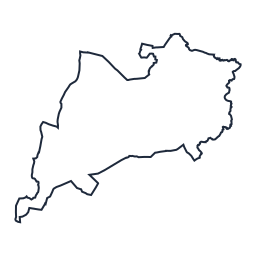 the district of Matkules pag., Kandavas, Latvia
{"feature_id": "27541924B52205717280809", "entity_name": "Matkules pag.", "entity_type": "district", "adm_level": 2, "iso_a3": "LVA", "parent_name": "Latvia", "parent_adm1": "Kandavas", "projection": "mercator", "projection_center": [22.582, 56.979], "detail": "fine", "context": "isolated", "style": "outline", "palette": "slate", "viewbox_px": 256, "rotation_deg": 0, "n_neighbors": 0, "source": "geoboundaries", "source_scale": "gbopen_adm2", "svg_char_len": 5659}
<svg xmlns="http://www.w3.org/2000/svg" viewBox="0 0 256 256"><path d="M213.4,54.6L209.1,54.3L207.0,53.5L206.1,53.0L204.6,52.6L203.0,51.8L196.8,50.1L195.0,49.8L193.5,50.2L192.7,50.6L191.9,50.8L189.9,50.1L189.1,49.2L188.7,47.8L187.6,46.9L186.3,46.1L186.0,45.6L185.9,45.2L186.0,44.9L186.5,44.6L187.7,44.5L187.9,44.3L187.9,44.0L187.4,42.9L184.9,41.3L183.2,39.3L182.9,39.0L182.4,37.4L182.2,37.1L180.2,35.9L179.7,34.1L179.1,33.8L178.4,34.0L174.8,33.8L171.8,35.2L171.3,35.3L170.9,35.1L170.6,35.7L171.3,36.6L170.5,37.1L169.4,38.5L165.0,44.8L163.7,47.0L157.3,47.4L156.1,47.4L152.7,47.9L152.5,45.9L147.1,44.9L142.1,43.7L141.9,44.4L142.0,44.4L140.4,49.2L141.1,49.8L140.3,50.8L139.5,53.3L139.5,54.2L139.4,54.2L141.2,57.5L141.5,57.6L144.1,57.4L146.7,57.7L146.9,57.6L149.8,53.7L151.9,53.6L153.1,53.8L153.9,56.5L155.4,56.6L155.3,59.4L156.9,60.0L156.3,62.6L153.7,63.0L153.7,64.6L152.1,66.3L151.9,66.2L149.9,68.3L148.8,70.8L149.1,70.9L148.7,73.0L149.2,74.5L144.8,78.0L136.8,78.8L134.2,78.9L129.7,79.6L128.4,80.0L127.2,80.0L124.4,77.4L117.4,70.4L115.1,68.7L108.8,62.0L102.4,56.0L88.1,52.4L88.1,52.6L83.2,52.3L80.1,51.5L80.1,53.3L80.4,55.5L79.7,59.0L79.3,60.3L79.7,63.3L79.4,70.4L78.1,76.3L77.7,77.7L76.8,79.6L75.4,81.3L71.5,83.6L70.2,84.5L69.3,85.8L68.6,87.0L65.1,92.0L63.8,94.9L61.9,98.5L60.4,101.8L60.5,102.7L61.4,103.8L61.4,106.8L61.4,107.7L59.5,111.8L58.8,113.9L57.7,119.4L57.5,121.8L58.0,125.3L57.9,127.7L56.7,126.6L52.9,125.6L48.7,124.2L45.8,122.8L43.1,122.0L41.5,124.3L40.4,126.6L40.5,130.1L41.2,132.1L42.3,136.8L41.6,139.0L40.3,146.4L39.0,152.4L38.6,152.3L37.5,155.1L37.2,157.1L35.7,158.4L33.3,158.6L34.1,160.8L34.3,161.3L34.0,163.3L33.3,165.3L32.4,169.3L32.4,172.3L31.8,175.1L31.9,176.8L32.2,177.7L32.5,178.1L33.2,178.4L34.4,178.5L35.1,179.1L36.6,181.6L37.7,181.5L38.4,181.9L38.6,183.2L38.3,184.1L38.2,184.4L38.3,184.4L38.8,187.8L38.7,188.6L38.3,191.4L38.1,192.2L37.1,193.2L37.0,193.8L36.4,194.5L35.8,195.6L35.2,197.6L33.3,197.8L32.9,198.6L31.4,199.5L29.4,198.1L27.4,197.6L26.6,196.4L25.6,197.4L23.3,198.3L19.3,198.5L16.1,205.5L16.0,205.9L15.9,212.2L16.1,217.0L15.4,219.1L15.4,219.4L15.8,220.6L18.0,221.8L20.1,222.2L19.7,217.0L22.5,216.6L26.1,214.7L28.2,212.2L29.3,208.0L38.8,209.5L41.5,209.8L44.6,204.6L45.1,203.5L45.6,204.0L46.8,199.4L47.2,198.0L50.1,196.5L52.3,191.8L53.1,189.7L53.7,188.7L56.5,187.0L60.4,185.6L71.0,181.0L77.0,188.0L80.9,189.3L81.1,189.3L82.1,191.7L85.6,193.1L87.2,194.2L91.1,195.0L95.9,187.3L98.1,183.4L98.0,183.1L94.6,179.8L89.4,174.8L98.0,173.6L104.7,170.1L121.4,160.1L126.3,157.6L126.6,157.8L128.5,157.1L129.2,156.1L129.4,156.2L129.9,155.9L131.4,156.1L132.3,155.9L134.8,156.5L136.8,156.4L138.6,157.2L144.7,156.9L150.7,157.0L155.1,152.7L156.8,152.5L160.1,151.8L166.1,151.0L166.1,150.8L170.5,150.9L176.4,149.8L178.0,148.8L183.4,144.7L184.2,147.0L186.6,151.8L187.1,152.4L188.8,153.4L191.3,155.8L193.2,158.9L194.4,160.6L196.5,159.1L197.7,158.4L199.7,157.8L199.8,157.4L199.6,156.6L199.7,156.2L199.9,155.8L200.2,155.5L200.3,155.3L200.5,154.9L200.8,154.1L201.3,154.1L201.6,153.8L201.8,153.4L201.5,152.6L200.3,151.2L199.0,150.1L198.2,148.6L197.6,147.9L197.4,147.4L197.6,146.9L197.4,145.9L198.0,144.9L198.4,144.7L199.0,145.0L200.1,143.6L199.9,142.7L200.2,142.3L201.2,141.7L204.3,142.2L204.7,142.0L205.7,142.2L205.8,141.8L206.4,141.1L207.0,141.1L207.5,140.7L208.3,139.0L208.4,138.5L208.5,138.3L209.8,138.1L210.3,137.8L211.7,138.9L212.1,138.9L212.4,139.2L212.5,139.5L213.8,139.6L215.2,139.3L217.2,137.5L217.5,137.1L217.8,137.0L218.6,136.2L219.2,136.0L219.8,135.0L219.9,134.7L220.4,134.0L221.0,132.5L221.5,132.2L221.9,132.2L222.2,131.9L222.4,131.5L222.5,131.1L222.4,130.2L222.5,129.8L223.5,129.4L223.5,129.1L222.9,127.5L222.8,127.0L223.0,126.8L223.4,126.7L224.0,127.0L225.0,127.0L226.4,127.5L227.0,127.9L226.9,128.1L226.6,128.3L226.5,128.5L226.8,128.8L227.0,128.7L227.7,128.7L227.9,128.9L229.8,127.8L230.2,126.8L230.2,126.4L231.0,125.9L230.9,125.6L230.3,125.2L230.3,124.9L230.5,124.5L231.5,124.3L231.6,124.1L231.5,122.8L231.5,121.6L231.2,121.2L231.3,120.4L231.7,120.0L231.9,119.4L231.0,115.8L229.8,114.2L229.1,113.9L229.3,112.7L229.7,111.9L230.4,111.1L230.5,110.8L230.4,109.4L230.7,108.3L230.6,108.0L231.5,107.2L231.6,106.9L230.7,106.0L231.0,105.1L231.0,104.6L231.4,104.0L231.5,103.7L231.0,103.2L230.9,103.0L231.0,102.5L231.2,102.1L231.0,101.5L230.6,101.3L228.2,100.9L226.5,100.2L225.9,99.7L225.0,98.5L224.7,97.6L224.7,97.0L224.9,96.0L226.2,94.4L228.0,93.2L228.8,92.8L229.2,91.9L229.2,91.2L229.6,90.2L229.6,89.7L229.4,89.4L229.5,88.6L229.4,88.1L229.2,87.8L228.6,87.5L227.6,87.6L227.4,87.5L227.0,86.7L226.4,85.9L226.4,85.6L227.5,84.1L229.1,82.7L229.3,82.3L229.1,81.8L229.0,81.0L229.0,80.7L230.0,80.0L230.4,80.1L231.1,80.6L231.6,80.6L232.1,79.7L232.7,79.2L233.4,79.2L234.1,79.0L234.4,78.1L234.5,76.8L233.5,73.6L232.8,72.3L232.8,71.7L233.8,71.1L235.2,71.0L236.2,70.1L238.9,68.1L240.1,66.6L240.6,65.3L240.6,64.3L239.1,63.8L238.2,62.9L238.1,62.5L237.7,62.3L236.4,62.4L236.0,61.8L236.0,61.5L235.9,61.1L235.6,60.8L235.7,60.1L235.6,59.5L235.4,59.3L234.9,58.9L234.2,59.0L233.8,59.4L233.5,60.3L233.3,60.3L233.0,60.2L232.6,59.4L232.3,59.1L231.7,59.0L231.3,59.4L231.5,59.9L231.4,60.1L229.8,60.5L229.5,60.9L228.9,61.3L227.9,60.9L227.7,60.3L227.0,59.9L225.6,60.2L224.5,60.1L224.2,60.4L223.7,60.6L222.9,60.4L222.7,59.9L222.4,59.8L221.8,60.3L221.4,60.2L220.8,60.7L220.5,60.7L220.4,60.5L220.5,60.0L220.4,60.0L220.2,60.0L219.7,60.5L219.5,60.4L219.4,59.8L219.6,59.6L219.7,59.3L219.5,58.5L219.3,58.6L219.1,58.9L218.5,59.1L218.2,58.9L218.2,58.5L218.0,58.3L217.6,59.0L217.0,59.2L216.8,59.1L216.7,58.5L216.5,58.3L215.8,58.2L215.1,57.6L214.7,57.6L214.5,57.4L213.9,56.3L213.9,55.7L214.0,55.3L213.4,55.0L213.2,54.8L213.4,54.6Z" fill="none" stroke="#1e293b" stroke-width="2"/></svg>